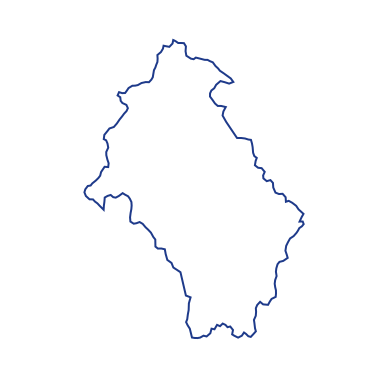 Amparo, São Paulo, Brazil, rotated 350°
{"feature_id": "56859067B40101041849394", "entity_name": "Amparo", "entity_type": "district", "adm_level": 2, "iso_a3": "BRA", "parent_name": "Brazil", "parent_adm1": "São Paulo", "projection": "robinson", "projection_center": [-46.803, -22.697], "detail": "fine", "context": "isolated", "style": "outline", "palette": "blue", "viewbox_px": 384, "rotation_deg": 350, "n_neighbors": 0, "source": "geoboundaries", "source_scale": "gbopen_adm2", "svg_char_len": 3093}
<svg xmlns="http://www.w3.org/2000/svg" viewBox="0 0 384 384"><g transform="rotate(350 192 192)"><path d="M259.1,150.9L256.6,150.1L253.5,148.5L249.6,147.3L245.7,146.6L237.8,128.8L235.4,122.0L236.9,118.1L240.0,114.2L235.6,112.3L232.3,111.7L230.0,108.8L228.3,105.1L226.3,101.1L226.9,98.0L228.7,95.4L231.9,93.7L234.4,90.6L239.3,87.7L243.2,89.5L247.4,91.7L251.8,90.8L249.9,86.9L243.4,80.2L240.5,77.4L239.2,74.9L237.0,72.0L235.0,67.9L232.3,66.2L230.3,64.6L227.3,64.0L224.7,62.8L221.6,61.4L219.1,60.3L216.7,61.5L214.1,60.5L210.1,56.8L210.1,52.3L211.3,47.5L209.9,44.0L206.8,43.3L204.3,42.9L202.0,40.6L199.9,39.1L198.6,42.4L194.9,45.1L191.9,44.0L189.4,43.0L188.3,45.8L185.7,48.8L181.7,51.1L181.3,54.7L180.5,58.0L178.9,60.5L177.5,63.1L175.7,65.4L173.3,72.2L171.5,74.3L168.7,76.4L165.5,75.7L161.2,75.9L157.2,77.3L154.5,77.4L151.7,77.0L147.6,78.6L145.2,81.1L143.3,82.9L140.4,82.5L137.5,81.0L135.5,84.0L137.8,86.2L137.6,89.8L138.9,92.3L142.5,94.8L143.4,98.3L141.6,100.9L138.7,103.1L136.3,105.4L133.3,108.0L129.9,111.5L126.3,114.4L121.7,115.1L119.2,117.4L115.6,120.5L114.3,124.6L116.4,126.2L117.2,129.6L117.2,133.8L114.5,137.7L114.0,140.9L114.3,145.3L114.9,149.2L113.8,152.9L110.3,152.0L107.7,154.7L105.9,156.6L104.4,160.0L102.2,162.0L99.3,164.0L95.3,166.2L93.3,168.0L90.4,168.0L87.4,170.8L86.0,173.6L86.8,177.5L89.8,181.4L93.2,182.1L94.8,184.6L96.9,186.8L98.7,189.6L101.9,194.1L102.8,190.3L104.0,186.5L105.1,182.3L108.2,181.2L111.4,180.8L113.5,183.4L115.9,184.3L119.3,183.2L123.5,181.1L125.6,183.0L128.3,185.1L129.6,187.8L130.6,191.4L130.2,194.9L129.3,198.3L127.9,202.0L126.6,206.2L126.2,210.4L129.1,213.1L131.8,213.1L135.2,212.5L137.9,214.8L140.1,218.6L142.2,221.4L144.5,224.9L146.1,229.6L147.6,232.4L146.5,239.4L148.6,241.8L151.9,242.3L155.3,243.7L155.3,248.5L155.9,254.6L159.5,258.3L160.5,263.1L166.7,269.0L168.0,292.9L172.3,295.5L169.6,301.1L168.2,307.7L166.6,312.0L165.2,316.5L163.6,319.1L164.6,322.6L166.1,326.2L166.4,330.4L166.7,335.3L169.5,336.3L172.2,336.8L174.7,336.8L178.4,335.5L181.3,336.8L185.5,334.3L187.5,330.0L190.3,331.1L193.6,327.2L196.3,329.0L199.4,326.9L201.9,328.7L203.5,331.3L206.3,331.1L208.4,335.0L206.8,339.2L208.7,340.9L212.1,343.4L216.1,342.2L218.8,339.4L220.6,341.2L222.4,343.8L224.7,344.9L227.9,342.5L230.7,340.3L230.4,337.1L230.7,331.8L230.8,328.7L233.3,325.0L234.3,321.2L234.7,317.5L236.6,314.6L240.0,312.0L242.5,315.0L247.3,316.3L249.7,313.3L251.8,311.1L256.2,309.8L257.1,306.6L257.6,303.3L257.4,300.3L257.5,296.7L258.6,293.2L260.7,289.5L260.8,285.1L261.8,281.8L263.7,278.0L266.0,276.0L269.9,275.7L274.8,273.5L274.4,270.0L273.8,266.1L275.4,261.4L277.8,258.1L280.5,254.8L284.4,253.1L287.9,250.3L289.7,248.4L291.4,246.2L294.4,244.8L296.4,243.0L295.9,240.3L292.8,239.8L295.6,235.8L298.0,232.9L296.3,230.7L293.9,227.6L292.2,223.7L288.8,220.0L285.7,217.5L282.8,217.9L283.3,213.4L280.9,209.5L277.3,209.1L274.1,207.1L272.8,201.7L273.3,197.1L271.3,193.9L267.5,194.3L264.7,191.0L264.9,188.1L267.1,184.8L264.7,180.6L261.3,179.6L258.6,176.6L260.1,172.4L261.7,169.7L259.6,167.4L259.0,164.0L259.5,158.3L259.5,154.6L259.1,150.9Z" fill="none" stroke="#1e3a8a" stroke-width="2"/></g></svg>